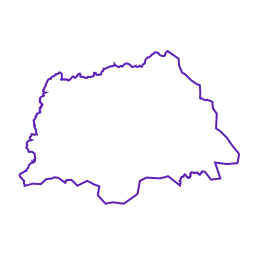 the district of Cagaan-U'ur, Hövsgöl, Mongolia, rotated 268°
{"feature_id": "93677404B89482084042142", "entity_name": "Cagaan-U'ur", "entity_type": "district", "adm_level": 2, "iso_a3": "MNG", "parent_name": "Mongolia", "parent_adm1": "Hövsgöl", "projection": "mercator", "projection_center": [101.619, 50.905], "detail": "fine", "context": "isolated", "style": "outline", "palette": "violet", "viewbox_px": 256, "rotation_deg": 268, "n_neighbors": 0, "source": "geoboundaries", "source_scale": "gbopen_adm2", "svg_char_len": 5682}
<svg xmlns="http://www.w3.org/2000/svg" viewBox="0 0 256 256"><g transform="rotate(268 128 128)"><path d="M203.5,170.2L201.4,168.1L199.1,167.2L198.7,166.8L198.7,165.6L199.0,164.1L199.4,163.0L199.8,162.5L202.0,160.7L202.0,160.2L202.8,158.4L202.8,158.1L202.5,157.7L202.4,157.1L201.1,156.0L201.0,155.5L201.0,155.0L200.8,154.8L198.7,152.7L197.9,151.4L197.8,151.0L197.9,150.2L197.6,149.7L197.2,149.5L195.6,147.9L193.3,147.1L192.2,147.2L191.9,147.0L191.6,146.6L191.3,145.6L190.9,145.0L189.5,144.5L188.7,143.8L188.8,143.5L189.1,142.7L189.9,141.9L189.0,140.8L188.7,139.6L188.7,139.2L189.0,138.3L189.3,137.9L189.9,137.9L189.1,135.8L188.9,134.4L189.0,133.8L189.9,133.2L191.8,131.4L192.1,130.2L192.6,129.3L192.0,126.7L189.6,124.5L190.3,123.5L190.4,123.2L189.3,121.4L189.2,120.4L189.4,120.2L190.3,119.0L190.9,117.8L192.3,116.8L191.4,116.8L190.9,116.5L190.2,113.9L190.2,113.2L190.4,112.7L189.4,110.8L189.4,110.2L188.9,108.9L188.6,108.5L188.4,108.0L188.0,107.5L188.0,106.2L188.1,105.7L187.3,105.7L186.3,105.3L185.9,105.1L185.6,104.2L184.4,103.4L183.7,103.2L182.7,102.7L182.4,102.7L182.2,102.3L182.4,101.2L182.0,100.6L182.2,98.7L182.4,98.6L182.6,98.2L183.8,97.9L184.0,97.4L184.5,96.1L184.3,95.8L184.1,95.8L183.8,96.2L183.1,96.3L181.4,95.6L180.9,94.9L180.9,94.2L180.5,93.6L180.4,93.1L180.5,92.7L180.3,92.0L180.4,90.9L180.3,90.4L180.7,89.9L180.6,89.7L179.4,88.6L179.6,88.1L179.6,87.3L179.5,86.8L180.6,85.4L180.7,85.1L180.6,84.1L180.8,83.5L180.8,82.5L181.0,82.2L181.4,82.3L181.9,82.2L182.9,82.4L184.1,81.8L184.0,81.3L183.3,79.9L182.8,79.4L182.4,79.2L181.9,79.3L181.6,79.1L181.0,78.0L180.5,77.8L180.4,77.2L180.0,76.6L181.4,74.9L181.5,74.6L178.3,71.6L178.0,70.9L177.6,70.4L177.4,70.0L178.5,69.2L178.8,68.7L178.4,67.8L179.0,66.9L179.0,66.7L178.6,66.4L178.5,66.0L178.8,65.6L179.0,64.3L178.5,63.9L178.4,63.5L178.6,63.0L178.8,62.8L179.1,62.8L179.8,63.4L181.7,63.7L182.3,64.4L182.2,64.1L182.3,63.8L182.7,63.7L183.3,63.8L184.8,63.4L185.1,62.8L185.2,62.2L185.9,61.7L185.7,61.4L185.7,61.0L185.5,60.9L185.4,60.6L184.7,60.2L184.3,59.5L184.4,58.5L184.3,57.7L184.0,57.4L183.4,57.4L183.1,56.4L182.3,55.7L182.0,55.0L181.9,53.9L180.9,52.8L179.6,52.4L179.8,51.8L179.7,51.2L179.8,50.7L179.5,50.2L178.6,49.8L177.9,49.1L177.5,49.0L176.4,48.3L175.5,48.1L174.8,47.6L174.2,47.4L172.4,47.0L171.8,46.1L171.3,45.8L170.3,45.7L169.9,45.3L169.3,45.3L168.5,44.3L168.0,44.3L166.3,45.9L166.2,46.6L165.7,45.3L165.3,44.7L164.9,44.4L163.8,44.3L163.4,44.6L163.3,45.0L163.0,44.8L162.9,44.0L162.5,43.5L162.0,42.2L161.3,41.4L160.8,41.1L160.3,41.1L159.5,41.3L158.3,40.6L157.5,41.2L157.1,41.2L156.6,41.0L156.2,41.7L154.7,43.2L154.1,43.4L154.0,43.2L154.0,42.8L153.6,42.1L151.7,42.1L151.5,41.9L151.7,41.3L151.3,40.6L150.6,40.9L149.8,40.7L149.0,40.3L148.6,40.3L147.9,40.9L147.5,40.9L147.8,40.6L147.8,40.4L147.0,40.1L146.1,39.5L145.8,39.0L145.7,38.0L144.9,37.0L144.5,37.2L144.0,37.2L143.0,36.3L142.8,36.6L142.1,36.4L141.2,35.7L139.7,34.8L139.0,33.9L138.2,34.0L137.3,34.3L135.9,34.3L135.6,34.1L134.1,34.7L133.7,35.2L133.3,35.1L133.0,34.3L132.8,34.3L132.0,34.7L131.3,34.8L131.1,35.1L130.6,35.5L130.0,35.4L129.2,36.0L128.7,36.1L128.3,35.9L127.6,36.2L126.5,36.0L124.9,36.5L125.1,35.9L124.4,34.3L125.2,32.7L125.2,31.9L125.3,31.5L123.5,31.1L122.7,30.5L122.5,29.8L122.1,29.6L120.9,29.5L120.1,29.8L119.6,30.3L119.3,31.3L119.0,30.6L119.0,30.3L119.3,29.9L119.2,29.3L118.7,28.3L118.1,27.4L117.6,27.2L116.6,26.3L115.2,26.2L114.4,26.9L112.8,25.9L112.1,25.7L111.6,25.9L111.1,26.5L110.8,26.6L110.3,27.1L109.4,27.6L107.7,27.7L107.5,29.8L107.7,30.9L107.6,31.3L106.4,32.8L105.3,34.0L103.4,33.7L101.1,34.4L100.3,33.8L100.0,33.3L99.4,33.9L98.0,33.9L97.8,33.5L98.0,32.9L97.3,32.8L96.6,32.1L96.6,31.9L96.9,31.5L97.6,31.1L96.9,30.9L96.5,30.0L95.2,28.8L94.8,28.1L94.6,27.8L92.0,26.9L89.8,25.1L88.7,24.7L88.5,24.4L88.5,23.3L88.2,23.1L86.3,20.0L86.1,18.8L85.6,18.4L84.2,17.9L83.8,18.1L82.7,18.7L82.2,19.6L80.1,20.9L79.3,22.0L78.7,22.4L77.0,21.9L76.3,22.1L75.2,22.6L73.8,22.7L75.7,31.0L75.0,39.0L79.7,44.4L79.9,46.4L80.1,49.9L80.8,51.4L81.3,53.1L81.1,53.8L80.9,55.0L80.7,56.1L80.6,56.4L79.3,58.6L79.0,58.8L78.9,59.0L78.0,60.0L77.7,60.6L77.1,61.0L76.7,61.6L76.6,62.1L76.0,62.6L75.4,63.4L78.0,64.6L78.2,69.6L72.1,75.4L76.6,85.4L72.8,92.1L70.7,97.3L61.9,95.5L53.1,102.9L54.3,109.9L52.5,121.2L61.7,135.2L74.8,138.1L77.8,144.8L76.5,158.4L78.4,166.4L68.7,178.0L68.9,178.1L70.2,178.0L70.6,178.4L72.4,178.6L73.1,178.4L73.4,178.2L73.5,177.9L74.1,178.6L75.2,178.7L75.5,179.0L75.8,179.3L76.7,179.5L77.1,179.7L77.3,180.2L77.2,180.7L77.4,181.7L77.9,181.7L78.0,182.0L78.9,182.3L79.1,182.8L79.6,183.1L79.5,183.4L79.5,183.6L79.1,183.6L78.6,184.1L78.1,184.4L77.6,185.0L77.2,185.2L77.0,185.6L76.6,185.8L76.3,186.1L75.9,186.7L75.9,186.9L76.5,186.9L76.6,187.1L76.3,187.4L76.3,187.6L76.6,187.7L76.8,187.9L77.1,187.9L77.3,188.3L77.3,188.7L77.5,188.8L77.9,188.6L78.4,188.8L78.7,188.5L79.0,188.4L79.7,188.7L79.8,189.1L80.5,189.1L80.9,189.0L81.3,189.7L81.5,189.9L81.6,190.4L81.4,190.6L81.3,191.0L80.9,191.4L80.8,192.1L80.7,192.3L80.7,192.6L80.6,192.8L80.7,193.1L81.1,193.4L80.8,194.3L80.9,195.0L80.6,195.1L80.6,195.3L80.7,195.6L80.9,195.8L80.7,195.9L80.3,196.5L79.6,196.6L79.5,196.8L79.4,197.1L78.8,197.8L79.1,198.6L79.6,198.6L79.9,199.1L80.3,199.2L80.4,199.8L80.6,199.9L80.8,199.8L81.4,200.3L81.7,200.3L82.1,200.6L81.5,203.4L73.5,209.2L74.4,218.6L90.4,213.8L88.5,225.7L89.1,236.1L97.4,238.1L99.3,237.4L105.5,232.5L114.9,226.4L121.5,220.2L124.5,216.0L139.2,217.2L144.7,213.6L151.3,213.2L153.6,207.7L153.6,207.4L153.1,206.9L153.0,206.3L153.4,205.7L154.0,204.2L154.5,203.6L154.7,203.0L155.0,202.6L154.8,201.8L154.9,201.5L155.4,201.1L161.1,201.5L168.2,201.3L169.7,197.9L173.7,192.6L179.9,186.8L181.3,184.1L188.4,181.3L195.5,181.0L203.5,170.2Z" fill="none" stroke="#5b21b6" stroke-width="2"/></g></svg>